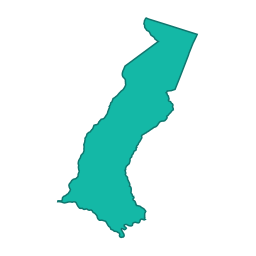 outline of Jateí, Mato Grosso do Sul, Brazil, rotated 87°
{"feature_id": "56859067B80229786226061", "entity_name": "Jateí", "entity_type": "district", "adm_level": 2, "iso_a3": "BRA", "parent_name": "Brazil", "parent_adm1": "Mato Grosso do Sul", "projection": "natural_earth1", "projection_center": [-53.858, -22.712], "detail": "fine", "context": "isolated", "style": "filled", "palette": "teal", "viewbox_px": 256, "rotation_deg": 87, "n_neighbors": 0, "source": "geoboundaries", "source_scale": "gbopen_adm2", "svg_char_len": 5997}
<svg xmlns="http://www.w3.org/2000/svg" viewBox="0 0 256 256"><g transform="rotate(87 128 128)"><path d="M38.1,54.0L34.0,65.0L27.7,81.7L20.2,101.9L19.1,104.1L19.9,104.9L20.9,105.4L21.8,106.0L22.7,106.1L23.9,106.4L24.9,106.7L25.6,106.3L26.4,106.0L27.5,106.1L28.7,105.9L29.5,105.3L30.5,104.7L31.4,104.2L31.9,103.4L32.4,102.4L33.2,101.6L34.0,101.3L34.9,100.8L35.7,100.6L36.6,100.1L37.2,99.2L37.9,98.3L38.5,97.5L39.5,96.8L40.6,96.4L41.8,94.9L42.7,94.0L43.2,93.2L66.0,127.7L66.8,128.1L67.6,128.5L69.4,129.3L70.4,129.9L71.2,130.2L72.0,130.5L72.7,130.7L73.7,130.9L75.0,130.9L76.1,130.6L77.0,130.1L78.0,129.2L78.8,128.6L79.7,128.1L81.0,128.2L82.3,128.1L83.2,128.2L84.5,128.0L85.4,128.3L86.6,128.9L87.3,129.4L88.3,130.0L89.0,130.6L89.7,131.2L90.8,132.9L91.3,133.4L92.0,134.1L92.7,134.9L94.0,136.1L94.9,136.9L95.6,137.8L96.2,138.8L96.7,139.3L97.3,140.3L97.8,141.4L98.5,141.5L99.3,142.0L100.2,142.3L101.3,142.9L101.8,143.8L102.5,144.1L103.6,144.3L104.7,145.0L105.7,145.7L106.3,145.4L107.3,145.6L108.1,146.3L109.2,146.6L110.1,147.1L110.9,147.4L111.7,147.6L112.7,148.0L113.5,148.6L114.1,149.1L115.0,149.7L115.9,150.4L116.6,150.9L117.4,151.9L117.7,153.0L117.9,154.4L118.7,155.0L119.2,155.7L120.0,156.1L120.5,156.9L121.4,157.2L122.2,157.5L122.6,158.4L123.1,159.1L123.1,160.3L123.5,161.8L124.4,162.2L125.2,162.5L125.9,162.8L127.1,163.4L127.8,164.3L128.5,164.8L129.1,165.4L130.0,166.2L130.3,167.3L130.7,167.9L131.3,168.6L131.9,169.3L132.9,169.6L134.0,170.0L134.8,170.5L135.4,171.1L136.1,171.5L137.2,171.4L138.6,171.8L139.6,171.9L140.9,172.4L142.3,173.0L144.2,172.8L145.4,172.9L146.3,173.1L147.5,173.1L148.4,173.1L149.3,173.5L150.3,173.9L151.0,174.4L151.7,175.2L152.3,175.8L152.8,176.3L153.8,176.7L154.8,177.0L155.5,177.3L156.3,177.9L156.9,178.3L157.9,178.9L158.8,179.2L159.7,179.4L160.6,179.6L161.6,179.5L162.6,179.2L163.3,179.3L164.0,179.5L164.8,179.6L165.8,179.5L166.9,179.4L167.5,179.3L168.2,178.9L169.1,179.1L169.7,179.3L170.5,179.8L171.4,180.1L172.2,180.3L173.4,180.3L174.4,181.0L175.0,181.8L175.6,182.4L176.0,183.2L176.1,184.2L176.4,185.4L177.0,186.1L177.5,187.0L178.3,187.4L179.7,188.5L180.5,189.3L181.2,189.7L182.0,190.0L183.0,189.9L184.2,189.7L185.4,189.2L186.4,188.7L187.4,189.1L188.5,189.6L189.2,190.4L190.1,190.9L190.7,191.6L191.2,192.6L191.7,193.2L192.2,193.9L192.6,194.8L192.9,195.8L193.4,196.3L194.1,197.0L194.9,197.2L195.8,197.3L196.8,197.7L197.3,198.1L197.3,199.0L197.2,199.9L197.1,200.7L197.1,201.8L197.9,202.0L197.9,200.8L198.2,199.3L198.5,198.0L199.1,196.8L199.5,195.4L199.4,194.5L199.1,192.8L198.8,191.6L198.7,190.5L198.7,189.7L198.9,188.7L199.2,187.6L198.9,186.7L198.9,185.7L199.0,184.8L199.8,183.7L200.9,183.3L201.8,182.9L203.1,182.3L203.9,181.8L204.7,181.2L205.5,180.6L205.8,179.5L205.8,177.9L206.9,176.6L207.0,175.8L206.9,175.0L206.6,173.9L206.9,173.1L207.4,172.5L207.8,171.9L208.1,170.6L207.9,169.3L208.7,168.1L209.7,167.7L210.6,167.1L211.1,166.0L211.9,165.2L213.7,163.8L214.4,163.5L215.3,163.4L216.4,163.1L217.2,162.7L218.0,162.1L218.6,161.3L218.7,160.2L218.6,159.4L218.9,158.2L219.4,156.8L220.0,155.3L220.9,154.7L222.2,154.0L223.7,153.3L224.4,152.9L225.3,152.3L226.2,151.1L227.3,150.7L228.1,150.5L228.6,149.6L229.1,148.5L230.4,147.1L230.6,145.7L230.9,144.6L231.7,143.7L232.2,142.7L232.8,142.0L233.8,141.8L234.5,142.1L235.3,142.2L236.3,141.7L236.9,140.6L236.7,139.6L236.6,138.4L235.9,137.7L235.2,137.5L234.1,137.6L233.2,137.9L232.6,138.3L231.7,138.7L230.5,139.3L229.3,140.0L228.1,139.7L228.4,138.4L228.9,137.7L229.4,136.7L228.9,135.7L228.0,134.9L227.2,135.4L226.5,136.3L225.6,137.0L224.6,136.8L224.2,135.5L224.3,134.5L224.6,133.8L225.1,133.2L225.6,132.2L225.9,130.9L225.9,129.6L225.4,128.7L224.6,128.5L223.8,128.3L223.0,127.7L222.7,126.7L222.5,125.6L222.8,124.7L223.1,123.8L223.3,122.8L223.1,122.0L222.4,121.3L221.2,120.8L220.2,120.4L219.7,119.5L219.8,118.5L220.3,117.6L220.6,116.6L220.2,115.5L219.4,116.2L218.8,116.4L218.0,115.8L216.8,116.1L215.9,115.8L215.2,115.9L214.2,115.8L213.0,115.1L212.1,114.6L211.0,115.3L210.1,116.0L209.5,116.4L208.4,118.1L208.0,118.8L207.3,119.4L206.7,120.3L206.4,121.5L206.0,122.6L205.8,123.6L205.1,123.7L204.5,124.2L203.6,124.1L202.7,124.6L201.7,124.8L201.1,125.4L200.4,126.4L199.3,126.9L198.6,126.2L198.0,125.7L197.3,126.0L196.6,126.0L196.5,126.9L195.9,127.2L195.1,127.2L194.1,127.6L193.4,128.1L192.6,128.5L191.7,128.2L190.5,128.1L189.6,128.0L188.7,128.0L187.5,128.2L186.7,128.7L186.1,129.6L185.2,129.2L184.1,129.2L183.2,129.4L182.5,129.7L181.5,130.2L180.5,130.5L179.7,130.9L179.0,131.1L178.0,131.1L177.2,131.1L176.4,131.7L175.8,132.4L175.0,132.7L174.0,133.1L172.9,132.5L171.8,132.9L170.9,132.9L170.0,133.3L169.5,132.5L167.8,132.5L166.9,132.0L165.8,131.4L165.3,130.5L164.5,129.9L164.0,129.0L163.5,128.6L162.6,128.3L161.6,127.9L160.3,127.6L159.4,127.7L158.7,127.4L158.0,127.0L157.5,126.3L156.9,125.7L156.2,125.9L155.5,125.5L154.9,125.1L154.0,124.2L152.9,123.8L151.9,123.3L151.1,122.7L151.0,121.9L150.5,121.2L149.5,120.9L148.3,121.0L147.9,120.2L147.1,120.5L146.2,120.1L145.5,119.3L144.9,118.7L144.3,118.5L143.6,118.2L143.0,117.8L142.2,117.0L141.1,116.3L140.2,115.7L139.4,115.3L138.6,114.7L137.6,114.7L136.9,115.0L136.0,114.5L135.4,113.6L134.9,112.4L134.2,111.4L133.7,110.0L133.0,109.2L132.6,108.3L132.3,107.6L131.7,106.9L131.2,106.0L130.4,104.8L129.9,103.8L129.3,102.9L128.8,102.3L128.6,101.5L128.2,100.2L127.4,99.1L126.2,98.0L125.3,97.5L124.7,96.9L124.0,96.4L123.5,95.8L123.2,94.9L122.9,94.0L122.9,92.9L122.9,91.8L122.5,90.7L121.7,89.9L120.7,88.9L119.7,88.4L118.7,88.7L118.0,88.4L117.6,87.4L117.0,86.9L116.4,86.4L115.6,85.6L114.9,84.7L113.3,83.4L112.6,82.6L112.2,81.8L111.4,82.0L110.7,81.8L109.9,82.3L109.2,82.5L108.1,82.0L106.9,82.0L106.1,82.5L105.6,83.3L104.9,83.6L103.9,84.2L103.5,85.1L103.0,86.0L102.1,86.2L101.3,85.5L100.4,85.6L99.5,85.9L98.2,86.0L97.6,86.7L96.6,87.1L95.6,87.3L94.8,88.1L94.2,87.4L93.2,86.9L93.1,85.9L93.0,84.6L93.0,83.0L91.9,79.0L85.8,76.2L84.1,75.4L80.4,73.7L58.3,63.8L56.3,63.1L55.3,62.6L52.0,61.1L50.8,60.5L49.1,59.8L48.2,59.3L47.0,58.8L42.9,56.5L39.4,54.6L38.1,54.0Z" fill="#14b8a6" stroke="#0f766e" stroke-width="1.5"/></g></svg>